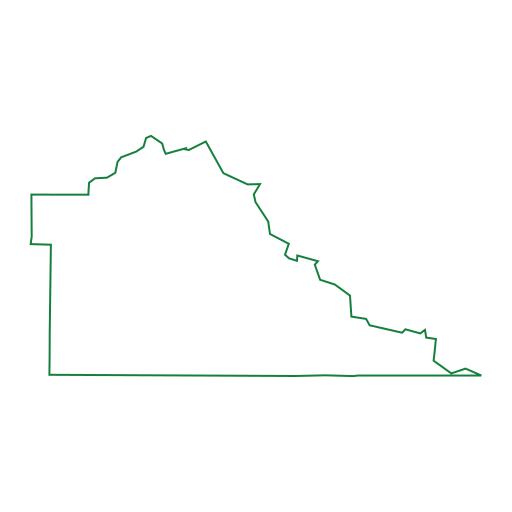 Thurston, Washington, United States of America (Robinson projection)
{"feature_id": "52423323B46742889788389", "entity_name": "Thurston", "entity_type": "district", "adm_level": 2, "iso_a3": "USA", "parent_name": "United States of America", "parent_adm1": "Washington", "projection": "robinson", "projection_center": [-122.739, 46.976], "detail": "fine", "context": "isolated", "style": "outline", "palette": "green", "viewbox_px": 512, "rotation_deg": 0, "n_neighbors": 0, "source": "geoboundaries", "source_scale": "gbopen_adm2", "svg_char_len": 870}
<svg xmlns="http://www.w3.org/2000/svg" viewBox="0 0 512 512"><path d="M31.4,194.6L31.7,236.5L30.7,244.1L50.9,244.7L49.7,333.7L49.7,339.5L49.6,358.5L49.4,374.8L295.2,376.0L325.0,375.3L353.4,376.1L358.1,375.5L481.3,375.5L465.5,368.6L451.3,373.4L433.6,360.7L434.7,351.2L435.9,339.0L426.2,337.6L425.0,329.9L420.3,333.4L405.4,329.3L402.1,332.7L369.6,325.3L366.1,318.9L351.4,316.6L350.0,295.6L334.8,284.5L320.1,279.8L314.8,264.7L317.9,261.2L297.3,255.5L297.0,260.8L289.1,258.4L285.0,254.7L288.8,243.8L270.0,234.0L268.2,221.5L255.5,202.1L253.8,194.4L260.0,184.1L247.6,184.4L223.4,173.2L205.8,141.5L188.8,150.0L185.3,149.3L185.7,148.3L165.7,153.8L163.9,149.7L162.2,143.5L151.0,135.9L146.1,138.0L143.5,146.8L136.2,151.6L121.2,157.3L117.6,161.8L115.3,172.8L106.9,177.7L95.0,178.3L89.1,182.7L88.5,191.3L88.4,194.7L31.4,194.6Z" fill="none" stroke="#15803d" stroke-width="2"/></svg>